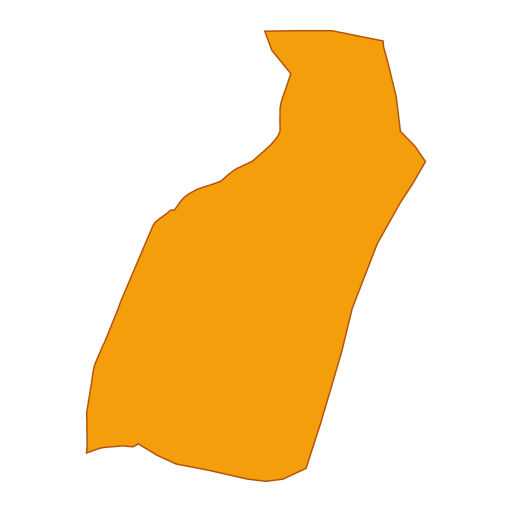 Grande Riviere/Norbert, Gros Islet, Saint Lucia
{"feature_id": "8701671B47647917387752", "entity_name": "Grande Riviere/Norbert", "entity_type": "district", "adm_level": 2, "iso_a3": "LCA", "parent_name": "Saint Lucia", "parent_adm1": "Gros Islet", "projection": "albers", "projection_center": [-60.95, 14.044], "detail": "fine", "context": "isolated", "style": "filled", "palette": "amber", "viewbox_px": 512, "rotation_deg": 0, "n_neighbors": 0, "source": "geoboundaries", "source_scale": "gbopen_adm2", "svg_char_len": 1257}
<svg xmlns="http://www.w3.org/2000/svg" viewBox="0 0 512 512"><path d="M264.8,31.2L271.9,50.4L290.8,73.6L288.7,80.0L286.9,85.3L285.1,90.7L283.0,96.3L281.0,103.1L280.0,109.0L280.1,114.3L279.9,119.3L280.1,126.1L280.0,131.3L278.2,135.5L275.1,139.8L270.3,145.3L262.2,152.6L252.2,161.3L237.1,168.4L232.9,171.1L228.6,174.4L220.9,181.2L216.4,182.9L207.3,185.9L197.5,189.2L191.4,192.4L187.4,194.9L184.2,197.4L181.0,200.8L174.6,209.9L170.5,210.2L167.0,213.3L158.6,219.4L155.1,222.4L152.8,226.0L151.4,229.4L147.4,238.7L120.6,301.8L118.6,307.6L104.3,343.0L102.5,346.3L94.8,364.5L93.6,369.0L93.2,371.7L92.4,376.2L91.8,381.3L86.8,411.9L86.7,416.8L86.9,421.1L86.9,425.4L87.1,441.3L87.1,447.1L86.5,453.0L93.9,450.3L101.6,447.8L107.3,447.1L115.8,446.5L122.7,445.8L126.1,446.2L131.5,446.7L132.9,446.8L134.9,445.8L136.1,445.3L138.0,443.7L151.6,451.9L157.3,455.4L176.1,464.0L209.7,470.5L220.6,473.0L247.4,479.1L261.8,480.8L266.2,481.3L269.7,480.8L283.0,479.1L306.1,468.3L314.5,442.2L320.7,423.0L330.4,390.2L341.7,351.7L352.2,308.5L377.3,243.6L385.5,229.0L400.4,202.6L413.0,183.2L417.7,175.0L425.5,161.6L416.8,148.9L415.1,146.4L400.4,131.3L396.2,96.7L387.8,62.2L383.6,47.1L383.1,41.0L331.7,30.7L296.9,30.7L264.8,31.2Z" fill="#f59e0b" stroke="#b45309" stroke-width="1.5"/></svg>